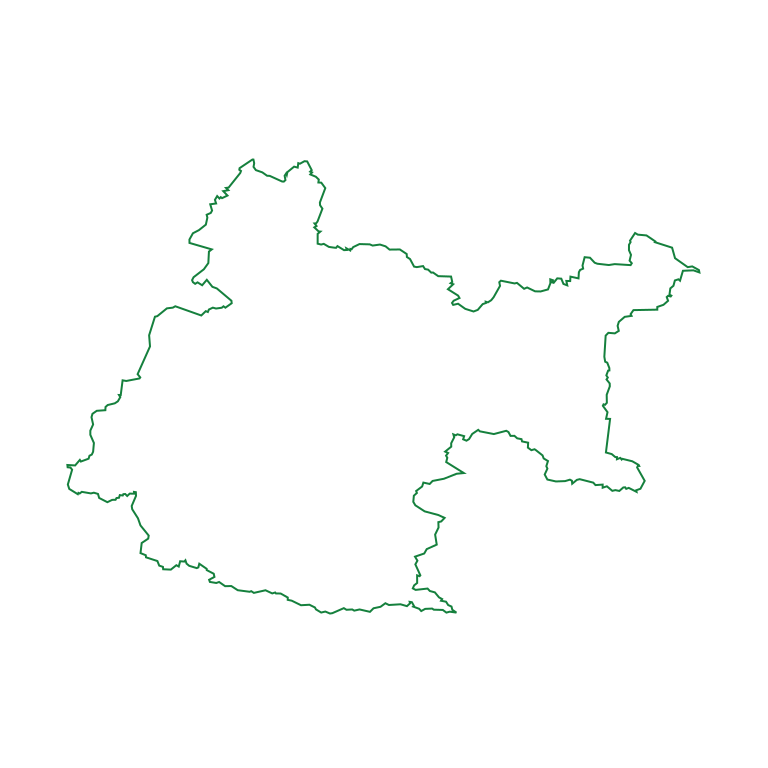 Tepetongo, Zacatecas, Mexico, rotated 266°
{"feature_id": "50627088B99446840906957", "entity_name": "Tepetongo", "entity_type": "district", "adm_level": 2, "iso_a3": "MEX", "parent_name": "Mexico", "parent_adm1": "Zacatecas", "projection": "equal_earth", "projection_center": [-103.135, 22.423], "detail": "fine", "context": "isolated", "style": "outline", "palette": "green", "viewbox_px": 768, "rotation_deg": 266, "n_neighbors": 0, "source": "geoboundaries", "source_scale": "gbopen_adm2", "svg_char_len": 6137}
<svg xmlns="http://www.w3.org/2000/svg" viewBox="0 0 768 768"><g transform="rotate(266 384 384)"><path d="M443.5,668.3L447.2,673.2L451.0,672.1L452.1,673.5L451.3,676.1L452.1,676.8L453.2,675.0L459.4,676.3L461.8,679.6L467.0,681.4L467.9,685.0L466.4,686.5L476.1,690.1L475.8,700.6L473.3,706.4L475.7,706.1L479.8,699.7L479.4,695.1L489.2,683.1L499.9,680.9L506.6,664.1L507.3,664.6L513.9,656.2L515.3,647.6L517.1,645.0L509.8,639.4L508.4,639.9L505.8,638.1L500.4,637.7L495.6,639.4L489.9,637.6L487.2,639.6L485.4,638.3L487.5,622.5L487.0,616.6L489.1,605.2L490.3,602.6L495.6,598.3L496.5,593.0L488.3,590.3L485.2,590.7L484.1,587.6L481.9,586.2L475.8,585.4L478.1,577.5L473.7,576.9L474.1,573.1L469.6,573.7L471.3,570.0L476.7,568.2L477.3,564.2L473.1,560.3L473.7,558.7L475.7,559.8L476.8,557.2L472.9,557.0L466.9,554.2L465.4,546.7L465.9,541.2L470.3,533.5L469.2,530.4L475.6,523.7L475.2,521.3L478.9,507.8L477.5,506.1L473.8,506.6L462.9,499.4L460.1,496.8L458.2,493.3L459.0,491.2L457.7,491.3L456.8,488.0L451.4,482.7L450.1,478.4L453.3,470.3L458.9,463.5L458.1,458.5L460.1,457.5L462.2,459.3L464.5,465.3L467.0,464.1L474.1,454.4L478.7,460.0L479.9,457.5L481.0,459.2L486.5,458.4L487.8,445.6L491.8,440.7L491.8,438.9L495.0,436.0L495.8,432.9L498.9,431.2L498.3,424.9L499.0,422.2L506.8,418.7L509.1,415.7L512.1,415.7L517.1,409.2L517.7,398.9L521.2,395.2L523.4,389.7L522.9,382.3L524.3,379.5L525.3,369.3L522.7,362.8L520.7,361.1L521.1,359.9L519.6,359.6L522.0,355.9L520.3,356.3L520.3,353.5L524.8,347.2L523.2,345.7L523.5,343.8L524.6,338.6L528.0,333.7L527.5,331.0L528.6,327.6L538.4,328.3L540.5,331.1L540.8,329.4L545.1,325.4L546.3,327.7L549.0,325.9L549.0,327.5L550.7,329.0L563.2,334.8L566.8,332.7L569.5,332.7L583.5,339.1L589.2,335.5L589.6,332.6L592.5,333.2L595.5,330.5L598.2,325.1L600.1,327.0L601.0,325.2L602.4,326.8L611.4,322.9L611.8,320.2L609.6,315.5L610.3,313.9L605.9,313.0L607.1,309.5L602.1,302.4L599.3,301.6L600.9,301.1L598.7,299.4L594.3,299.9L592.9,298.2L593.1,296.5L599.6,284.5L599.9,281.9L603.6,277.4L606.3,271.1L609.7,269.0L613.3,269.9L617.0,269.4L617.1,268.4L609.4,255.0L607.8,254.6L606.5,256.2L604.5,255.3L590.8,242.7L590.6,240.1L588.2,242.2L587.6,237.1L582.9,241.0L580.7,235.4L581.8,234.2L580.5,232.8L583.1,230.7L579.5,228.2L575.8,229.1L575.4,223.2L569.0,224.6L566.7,223.1L565.2,218.9L562.3,219.4L555.4,217.4L550.4,210.1L547.7,203.9L541.7,200.0L538.3,199.8L530.3,221.6L528.3,218.6L516.9,217.2L511.0,212.3L503.8,201.5L501.0,199.8L498.9,200.5L497.1,202.6L498.4,205.1L495.2,209.5L500.3,214.5L492.9,219.6L491.0,223.9L477.7,237.6L475.2,237.7L471.2,231.1L472.7,229.3L471.4,227.5L471.0,221.7L472.1,218.6L470.5,214.5L468.1,213.3L469.1,211.3L465.1,206.5L476.1,181.2L474.9,178.7L474.6,172.7L467.5,162.6L467.1,160.2L449.0,153.1L437.8,153.2L411.0,138.9L407.6,141.3L406.6,140.5L405.0,127.1L405.9,123.5L391.3,120.6L391.5,118.9L389.3,120.0L385.3,117.3L383.5,114.1L382.3,106.9L380.5,104.6L377.3,104.2L377.3,95.6L374.6,91.1L371.3,89.9L363.9,91.0L358.0,87.8L353.8,87.5L345.4,90.5L336.7,89.1L334.0,87.6L333.0,85.2L330.1,84.1L327.8,76.2L329.5,75.3L324.3,70.2L325.3,62.5L323.0,62.6L322.5,65.4L320.3,66.9L305.8,61.6L301.3,62.7L295.4,70.9L296.7,71.6L296.0,72.8L297.5,75.0L295.3,84.0L295.8,87.0L294.3,91.0L290.2,91.9L285.4,99.8L287.4,104.8L287.2,108.1L288.9,109.2L289.0,111.7L291.6,112.7L291.0,115.6L292.3,116.3L292.3,118.2L290.2,120.0L292.4,122.7L292.0,127.2L293.8,127.1L293.4,128.9L289.7,128.8L279.9,123.8L276.6,124.1L267.2,129.2L259.9,131.2L249.2,138.7L246.2,138.0L242.3,131.2L232.3,129.3L229.8,134.4L227.7,134.5L223.2,145.6L218.5,147.1L217.0,150.7L214.6,150.8L213.7,158.4L217.7,164.2L216.2,166.5L221.4,168.3L220.8,172.4L222.0,173.6L218.6,174.5L216.2,177.0L213.4,184.4L214.0,186.0L217.6,187.2L212.0,194.2L210.7,194.2L206.6,200.9L203.4,201.4L200.9,195.9L198.7,196.5L197.2,202.8L198.0,205.7L193.4,211.4L193.1,217.6L188.5,223.7L186.1,235.5L186.6,237.1L184.7,239.6L186.5,251.4L182.9,257.9L183.6,260.9L182.6,261.6L182.2,266.3L177.7,273.1L175.4,272.9L174.3,276.8L169.1,285.8L169.0,294.2L165.9,299.5L163.9,300.4L160.4,305.4L161.1,309.6L158.8,314.1L159.0,316.5L163.2,328.3L161.4,330.8L161.3,336.6L160.0,338.5L160.8,343.9L157.7,354.1L161.0,357.9L162.0,365.0L165.2,370.1L163.2,373.5L163.1,385.1L160.8,391.4L163.4,394.7L164.9,394.4L164.4,396.6L160.5,398.4L159.9,397.6L157.3,403.4L154.9,405.3L156.8,409.4L156.6,416.4L155.4,417.9L154.5,426.9L151.6,430.3L152.3,433.7L150.9,440.3L154.0,436.4L157.3,435.8L159.0,432.6L162.5,430.7L163.8,425.8L165.4,427.0L167.3,424.0L172.6,420.2L174.3,415.3L176.9,413.2L176.4,401.2L178.1,398.5L181.0,400.0L183.2,403.2L190.8,403.7L189.8,406.1L190.6,406.9L201.9,402.7L205.4,405.0L209.6,402.9L212.1,412.3L216.3,415.1L220.1,425.4L230.2,424.5L237.0,428.4L242.4,428.6L242.9,431.5L246.2,435.1L249.5,429.1L254.1,415.7L260.8,406.8L264.4,405.0L270.5,406.0L273.0,409.2L275.0,408.6L279.1,414.9L282.9,416.4L281.1,422.6L283.9,425.7L285.3,437.2L289.4,450.2L289.6,457.4L301.8,440.6L306.0,442.0L308.2,440.9L310.7,443.1L312.3,440.3L316.8,446.7L320.2,446.9L325.9,450.3L328.9,449.7L327.8,452.0L328.7,453.7L326.4,460.3L323.3,459.1L321.7,462.3L323.1,465.0L328.0,468.5L331.7,474.8L330.1,476.3L326.4,490.1L328.8,502.7L327.4,504.8L323.4,506.6L323.2,510.5L320.5,513.1L319.4,517.3L317.1,517.7L315.4,523.7L310.5,523.1L307.7,526.4L308.4,529.6L307.7,530.6L301.7,537.2L298.6,538.1L295.7,542.2L290.7,540.2L288.2,541.1L282.5,538.0L277.3,540.3L274.8,548.7L274.5,557.9L275.6,562.8L274.4,564.7L271.4,564.8L274.9,569.7L275.4,572.6L271.0,585.9L268.4,587.9L268.4,595.1L265.3,594.9L266.4,599.2L261.5,604.3L262.0,607.4L260.9,611.3L264.1,615.5L264.1,617.4L262.5,618.3L263.3,620.9L258.8,628.4L260.4,628.2L261.6,632.5L269.2,637.3L283.1,630.7L284.6,631.5L284.5,632.8L285.5,632.4L289.6,626.3L292.8,616.3L292.1,615.8L293.8,614.5L292.7,611.1L294.8,611.3L295.0,609.6L298.2,606.3L300.2,600.6L333.4,607.1L333.8,603.1L340.3,605.0L347.0,600.8L348.4,601.6L347.8,603.0L349.7,605.0L357.7,605.4L365.9,609.1L368.8,609.2L373.0,606.3L374.8,607.7L377.1,606.4L381.7,608.5L381.8,609.8L384.2,609.9L389.7,608.2L390.8,606.2L395.8,605.7L416.8,608.5L419.4,611.4L418.4,617.8L420.6,621.9L425.7,621.1L429.6,622.6L434.2,628.8L434.7,635.7L436.5,634.9L440.3,638.0L439.1,661.8L441.8,662.0L443.5,668.3Z" fill="none" stroke="#15803d" stroke-width="2"/></g></svg>